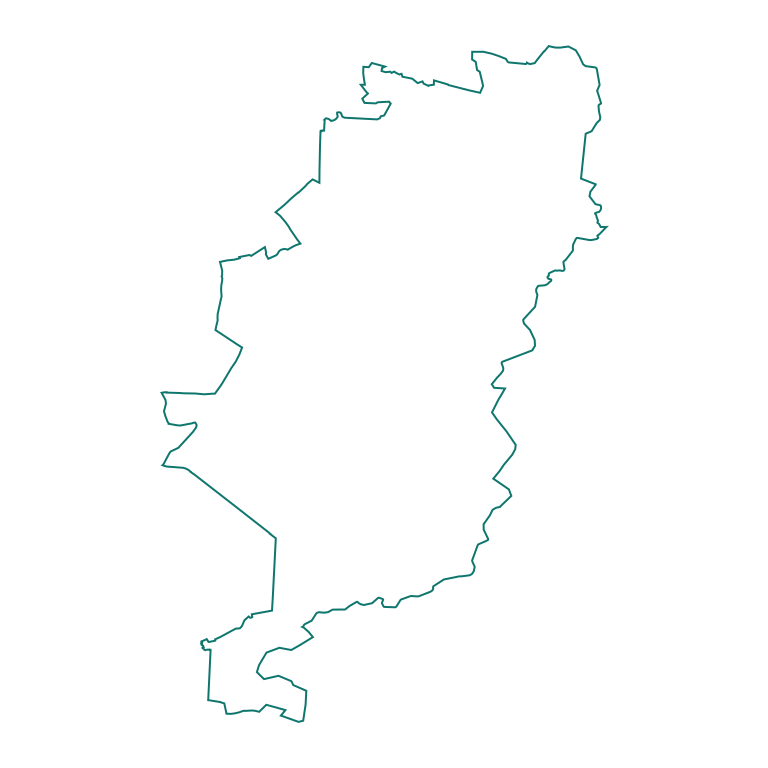 Vecumu pag., Vilakas, Latvia
{"feature_id": "27541924B24216055125897", "entity_name": "Vecumu pag.", "entity_type": "district", "adm_level": 2, "iso_a3": "LVA", "parent_name": "Latvia", "parent_adm1": "Vilakas", "projection": "natural_earth1", "projection_center": [27.805, 57.201], "detail": "fine", "context": "isolated", "style": "outline", "palette": "teal", "viewbox_px": 768, "rotation_deg": 0, "n_neighbors": 0, "source": "geoboundaries", "source_scale": "gbopen_adm2", "svg_char_len": 6052}
<svg xmlns="http://www.w3.org/2000/svg" viewBox="0 0 768 768"><path d="M208.2,700.1L220.6,702.1L220.7,702.3L224.3,703.4L226.5,713.7L230.6,713.9L234.6,713.4L239.3,712.3L241.7,711.4L244.2,710.7L245.4,710.9L251.4,710.5L253.7,710.6L256.0,711.0L259.2,711.8L266.3,704.8L285.4,710.1L280.9,715.6L298.6,721.9L303.2,720.7L305.6,704.5L306.3,690.8L293.3,685.1L291.4,681.2L278.5,675.8L264.0,679.1L256.9,672.1L259.1,665.0L266.5,652.6L279.3,647.8L291.3,650.0L299.9,645.1L312.9,637.1L308.7,632.0L303.8,627.6L302.4,627.0L303.0,626.7L304.3,624.6L304.8,624.2L311.6,620.7L316.4,613.3L316.9,612.9L318.8,612.2L324.3,612.7L328.2,612.1L332.2,609.8L333.2,609.6L345.1,609.5L349.5,606.0L356.5,602.0L357.1,601.8L357.9,602.2L358.3,602.7L358.7,603.1L360.9,604.3L363.8,605.0L372.1,603.2L378.1,597.9L378.8,597.8L379.5,597.9L382.4,598.9L382.8,599.1L383.1,599.5L383.1,599.8L381.9,603.0L382.0,603.4L383.6,606.5L384.1,606.9L395.2,607.3L396.2,606.8L400.5,600.0L401.1,599.5L410.8,596.0L417.2,596.4L418.7,596.3L430.5,591.7L432.0,590.7L433.1,589.4L433.1,587.1L433.3,586.3L443.8,579.5L459.6,576.3L461.8,576.3L469.5,575.3L471.8,574.1L473.1,572.3L473.8,571.1L474.7,566.8L473.1,563.2L472.5,562.0L472.1,560.5L477.7,545.2L478.3,544.4L485.8,541.1L487.8,540.1L488.1,539.8L488.2,539.4L488.1,538.8L483.7,529.7L483.6,524.4L483.7,524.1L489.8,515.5L492.6,509.8L496.0,507.8L500.0,506.9L500.1,506.6L511.3,495.9L508.9,489.4L493.3,478.7L499.7,470.9L503.9,464.7L512.3,454.6L515.2,449.2L515.7,444.9L506.5,431.4L496.7,419.2L492.0,412.4L498.4,399.7L501.7,394.3L505.0,388.5L494.1,387.8L491.8,384.2L497.1,377.6L500.9,373.6L503.1,370.6L503.3,368.1L501.6,363.2L501.8,362.4L502.2,361.8L532.2,350.4L532.5,350.2L532.5,349.9L535.0,345.8L534.7,340.0L530.0,330.0L524.1,323.6L523.4,321.4L523.2,320.1L523.3,319.6L523.7,319.1L534.6,307.3L535.1,306.7L537.1,296.5L537.4,294.9L537.2,294.2L536.4,292.4L536.1,290.0L536.4,288.8L537.9,286.2L538.6,285.8L544.7,285.3L547.1,284.3L547.8,283.8L548.9,282.6L551.0,281.0L551.3,280.3L551.2,279.6L550.4,279.2L548.5,278.8L547.5,277.6L547.6,276.8L548.8,275.6L548.8,273.7L549.0,273.4L549.5,273.0L554.3,270.8L555.5,270.4L556.6,270.7L559.8,270.4L562.0,270.9L563.0,270.8L563.8,270.5L564.2,269.9L564.5,269.3L564.5,268.6L563.8,265.1L563.4,262.0L564.1,261.1L565.6,260.0L572.6,251.0L572.9,250.4L572.9,246.3L573.1,244.7L575.8,239.0L576.5,238.2L576.9,237.9L578.2,238.0L589.1,240.0L590.6,240.1L591.8,240.0L596.7,239.0L598.0,238.1L598.2,237.8L597.4,235.9L597.4,235.6L599.1,234.5L606.4,227.0L605.2,227.1L604.0,226.9L600.7,227.0L599.1,224.0L597.4,222.7L598.0,220.6L596.8,217.6L596.1,215.0L595.2,213.8L595.1,213.3L596.7,212.5L599.0,211.9L599.8,211.1L600.4,210.3L600.9,209.2L601.1,208.1L601.0,206.7L600.7,205.7L600.0,205.2L598.5,204.8L597.2,204.6L595.4,204.1L589.5,196.3L590.4,191.7L595.6,184.8L595.7,184.3L581.0,178.6L585.7,133.7L591.6,131.2L596.7,123.0L599.8,120.0L600.3,117.3L599.0,111.6L598.5,105.8L598.8,105.0L601.0,103.5L601.0,103.0L597.7,92.4L597.1,90.8L599.6,85.0L596.9,69.5L596.4,68.2L595.7,67.6L595.1,67.4L585.6,66.1L583.1,64.3L579.5,56.5L576.1,50.8L575.7,50.3L574.8,49.8L568.4,46.5L560.5,47.6L557.0,47.6L554.8,47.5L548.7,46.1L544.4,51.3L544.0,51.3L537.4,59.5L534.7,63.1L530.1,64.1L528.1,63.4L526.9,62.6L526.6,63.4L526.2,63.9L525.6,64.0L510.7,62.6L509.0,62.5L507.8,61.9L505.9,58.9L498.9,56.1L491.8,53.7L483.5,51.8L472.2,51.8L472.1,59.5L475.7,61.8L477.1,70.1L479.7,71.7L481.8,80.3L483.1,85.9L480.1,92.8L468.5,90.2L448.3,85.0L448.1,84.5L434.0,80.4L433.8,84.7L428.4,85.5L428.3,85.8L423.6,83.6L422.5,81.4L417.7,83.1L412.3,78.7L402.4,76.7L401.5,73.8L399.3,74.5L395.8,72.7L394.1,71.6L391.6,72.9L390.2,71.7L385.7,72.2L381.6,71.0L382.0,68.1L385.0,66.6L371.8,63.0L368.8,67.2L363.4,66.8L363.2,73.0L363.9,78.7L364.9,84.7L360.8,84.8L366.1,91.7L367.9,93.5L362.3,98.7L364.5,102.9L375.9,103.4L377.6,102.3L389.1,101.7L390.7,103.6L384.6,114.7L383.9,115.6L380.8,116.3L379.9,118.2L377.2,119.4L344.5,117.7L342.3,116.6L341.1,113.5L340.6,112.8L340.0,112.4L338.4,112.3L337.1,112.6L337.1,113.0L337.2,114.6L337.7,116.1L337.6,116.9L336.1,118.8L334.5,120.0L332.5,120.7L331.6,120.7L331.2,121.0L329.3,119.4L328.4,118.9L326.1,118.3L325.7,118.5L324.4,119.8L324.7,119.9L324.3,126.2L324.1,130.6L322.5,130.5L321.2,130.7L321.6,131.2L320.5,131.7L320.0,146.1L319.5,170.3L319.4,182.8L312.6,179.4L307.3,183.9L305.0,186.6L304.7,186.8L298.5,192.6L298.2,192.5L291.5,198.2L284.4,204.9L275.6,212.2L280.1,215.8L285.6,222.3L288.5,226.3L290.8,230.2L297.2,239.5L300.4,243.6L296.4,245.0L293.9,246.1L288.1,249.4L287.8,249.7L286.6,249.3L284.2,248.9L281.6,249.6L280.6,250.0L279.2,251.1L277.2,254.4L275.7,255.5L268.3,258.8L265.9,254.4L266.1,252.3L264.9,247.1L251.2,255.9L249.5,255.0L239.3,257.0L239.8,258.2L234.1,259.7L227.2,260.4L220.0,261.9L222.2,270.6L222.1,275.3L221.6,276.3L222.3,278.3L222.1,281.2L221.3,285.3L221.1,289.8L221.6,296.7L221.2,297.9L217.7,313.9L217.6,315.1L217.5,318.5L217.7,320.2L216.2,326.3L215.5,330.1L237.6,344.7L242.1,347.5L239.3,354.7L235.7,361.7L231.3,368.1L222.6,382.7L220.6,385.8L214.9,393.7L212.5,393.7L204.2,394.3L195.0,393.5L183.7,393.3L179.7,393.0L166.5,392.6L166.5,392.2L164.3,392.3L161.6,392.8L165.5,400.0L166.0,403.6L164.0,411.2L165.5,416.5L167.8,422.3L168.7,423.1L168.6,423.8L177.9,425.4L180.4,425.5L192.2,423.3L193.4,422.8L195.1,422.5L196.4,424.4L196.6,425.7L196.1,427.4L195.2,428.8L193.9,430.5L193.3,431.5L178.4,447.8L170.9,451.4L170.3,451.9L169.0,453.9L163.4,464.4L162.5,465.2L164.9,466.1L167.4,466.6L183.2,467.8L185.9,468.6L188.4,469.9L190.9,471.9L190.8,472.1L194.6,474.7L240.0,510.0L268.1,532.0L270.2,533.7L270.0,533.9L275.8,538.3L272.8,597.1L272.0,610.6L251.8,614.3L252.3,617.0L252.1,617.3L250.2,617.8L248.7,616.5L244.4,620.3L242.0,626.0L240.0,628.2L239.3,628.4L235.8,628.6L219.5,637.4L215.2,639.3L215.3,640.6L215.1,640.7L208.8,642.0L208.5,641.9L206.7,639.1L205.0,640.0L201.4,641.4L201.3,641.9L201.9,642.0L202.2,642.4L202.0,643.3L201.2,643.7L201.2,643.9L202.0,644.6L201.8,644.9L203.2,645.9L203.0,646.6L203.7,647.3L203.4,647.7L202.5,647.8L202.5,648.0L204.1,649.3L204.3,649.8L205.2,650.2L206.4,649.8L208.2,649.6L209.1,649.9L209.7,649.5L210.6,649.8L208.2,700.1Z" fill="none" stroke="#0f766e" stroke-width="2"/></svg>